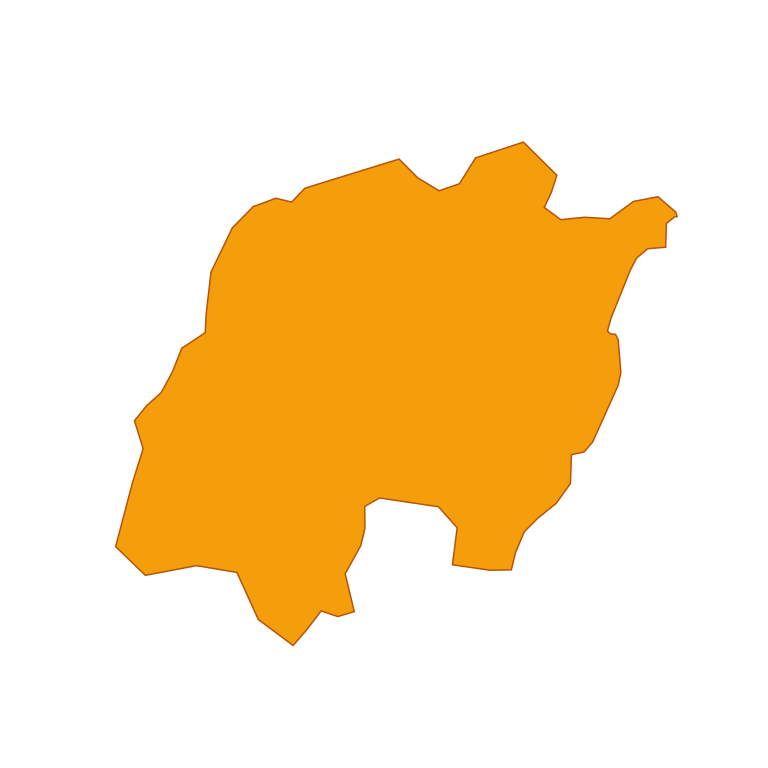 the border of Leova, rotated 202°
{"feature_id": "MDA-1641", "entity_name": "Leova", "entity_type": "District", "adm_level": 1, "iso_a3": "MDA", "parent_name": "Moldova", "parent_adm1": "", "projection": "orthographic", "projection_center": [28.371, 46.556], "detail": "fine", "context": "isolated", "style": "filled", "palette": "amber", "viewbox_px": 768, "rotation_deg": 202, "n_neighbors": 0, "source": "natural_earth", "source_scale": "10m", "svg_char_len": 1047}
<svg xmlns="http://www.w3.org/2000/svg" viewBox="0 0 768 768"><g transform="rotate(202 384 384)"><path d="M188.0,516.8L183.4,512.7L168.7,483.4L166.4,470.3L168.8,408.4L173.0,396.0L183.7,388.7L173.9,361.6L179.6,337.9L191.1,317.3L198.6,299.5L198.9,277.0L196.3,259.4L216.4,250.9L252.8,242.0L262.3,278.1L287.5,290.6L345.5,276.6L356.0,263.3L347.5,242.8L345.0,225.3L348.9,193.5L326.3,161.8L339.7,151.1L357.3,150.0L363.5,127.5L370.3,107.5L412.2,118.5L449.8,154.2L489.9,145.3L533.6,117.2L571.9,132.7L580.2,198.0L583.1,233.8L601.6,256.5L595.9,275.1L587.3,292.7L584.7,316.4L584.9,341.4L569.0,364.6L575.3,382.9L586.3,422.9L583.1,472.0L571.7,499.5L553.8,515.7L537.8,518.1L530.6,536.0L454.3,598.2L430.0,587.8L405.3,583.8L389.1,597.9L383.8,628.0L345.4,660.5L301.9,642.3L300.6,624.1L301.5,607.7L281.6,602.6L260.6,613.7L236.5,621.8L221.1,646.7L200.1,660.3L177.8,652.6L174.9,649.0L177.0,648.0L182.3,638.7L174.1,616.3L190.2,608.2L196.9,595.6L198.3,581.9L198.2,530.7L196.7,516.9L192.8,515.3L188.0,516.8Z" fill="#f59e0b" stroke="#b45309" stroke-width="1.5"/></g></svg>